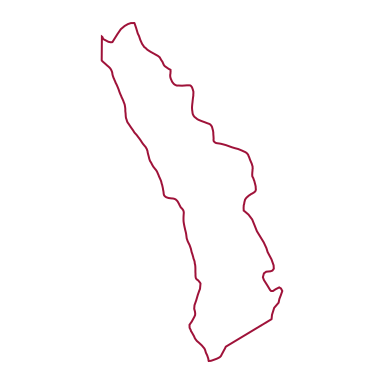 outline of Morne Vert, Laborie, Saint Lucia
{"feature_id": "8701671B8981340817709", "entity_name": "Morne Vert", "entity_type": "district", "adm_level": 2, "iso_a3": "LCA", "parent_name": "Saint Lucia", "parent_adm1": "Laborie", "projection": "mercator", "projection_center": [-60.976, 13.779], "detail": "fine", "context": "isolated", "style": "outline", "palette": "rose", "viewbox_px": 384, "rotation_deg": 0, "n_neighbors": 0, "source": "geoboundaries", "source_scale": "gbopen_adm2", "svg_char_len": 5648}
<svg xmlns="http://www.w3.org/2000/svg" viewBox="0 0 384 384"><path d="M271.5,319.2L271.6,318.8L272.0,314.8L274.2,307.8L278.6,302.7L279.4,298.9L280.8,295.3L282.3,291.0L281.0,288.5L279.2,287.4L275.5,289.3L273.0,291.0L271.1,291.0L270.1,290.0L267.4,285.5L263.9,280.0L262.9,277.2L263.9,273.4L266.2,271.7L270.5,271.3L272.4,270.6L273.8,268.7L273.6,265.3L271.5,259.4L271.3,259.0L267.6,252.0L266.4,248.1L263.7,242.3L263.5,242.0L256.9,231.2L254.6,225.4L252.2,219.5L248.5,214.6L244.4,211.1L243.7,210.6L243.7,210.1L243.6,208.0L243.6,207.6L243.7,206.3L243.7,205.6L243.9,204.7L244.1,204.1L244.3,202.9L244.4,202.2L244.7,201.1L245.0,199.8L245.5,199.0L245.6,198.8L246.3,197.9L247.1,197.1L248.0,196.4L248.3,196.0L248.7,195.7L249.3,195.3L250.2,194.7L250.4,194.6L250.7,194.3L251.6,193.8L252.1,193.6L252.4,193.4L253.6,192.7L253.9,192.5L255.1,191.5L255.6,190.7L255.9,189.3L255.8,189.0L255.8,188.7L255.7,187.8L255.7,186.7L255.4,185.2L254.7,182.5L254.4,181.3L254.3,180.9L254.0,180.3L253.8,179.7L253.3,178.2L252.7,177.1L252.3,176.3L252.2,174.7L252.3,172.5L252.5,170.5L252.5,169.7L252.5,169.4L252.6,169.1L252.7,168.4L252.6,167.8L252.6,167.3L252.6,166.7L252.4,165.9L252.2,165.3L251.7,163.6L251.2,162.5L250.7,161.3L250.0,159.7L249.5,158.2L249.0,156.9L248.9,156.7L248.4,155.6L248.1,154.7L247.6,154.1L247.3,153.7L246.5,152.9L245.3,152.1L243.7,151.4L242.0,150.6L240.1,149.8L238.1,149.0L235.0,148.2L232.0,147.3L229.5,146.4L225.9,145.1L224.4,144.7L223.7,144.5L221.0,143.8L220.4,143.7L219.9,143.6L217.8,143.3L217.0,143.2L216.5,143.1L215.5,142.8L214.9,142.3L214.4,141.9L213.8,141.3L213.7,141.0L213.6,140.6L213.5,139.9L213.6,138.8L213.6,138.4L213.5,136.7L213.5,136.2L213.4,135.3L213.3,133.8L213.3,132.6L213.0,130.6L212.8,129.9L212.3,128.0L212.0,127.0L211.8,126.4L211.4,125.9L211.1,125.5L210.6,124.8L209.7,124.1L209.0,123.8L208.4,123.6L206.7,123.0L204.7,122.2L202.2,121.3L200.9,120.8L198.5,119.8L197.6,119.3L197.1,119.0L195.8,117.9L194.7,117.1L194.0,116.3L193.4,115.4L193.3,115.1L192.9,114.4L192.6,113.3L192.4,111.7L192.3,110.8L192.2,110.5L192.1,109.5L192.1,109.3L192.0,107.8L192.1,105.9L192.3,103.8L192.5,102.3L192.6,101.1L193.0,97.6L193.3,95.8L193.3,94.5L193.4,93.3L193.4,91.7L193.3,91.2L193.2,91.0L192.8,89.5L192.5,88.7L192.0,87.3L191.1,86.1L190.4,85.5L189.8,85.4L188.9,85.3L187.2,85.3L184.8,85.5L184.6,85.5L182.1,85.7L178.0,85.5L177.0,85.6L176.1,85.3L175.3,84.9L174.7,84.6L173.7,83.8L173.4,83.4L172.9,82.8L172.3,82.0L172.1,81.7L171.8,81.1L171.5,80.3L171.3,79.9L170.9,79.0L170.5,77.9L170.5,77.6L170.3,77.1L170.2,75.8L170.2,75.3L170.2,74.8L170.3,74.2L170.4,73.9L170.5,72.6L170.5,71.9L170.6,71.3L170.5,70.1L170.5,69.8L169.6,69.3L168.7,68.9L164.7,66.1L164.5,65.8L164.0,65.2L163.7,64.7L162.4,61.7L162.1,61.3L161.2,60.0L159.7,57.3L158.8,56.6L158.1,56.0L150.9,52.0L149.3,51.0L147.3,49.7L146.4,48.8L145.7,48.1L144.0,46.8L143.7,46.2L142.1,43.9L140.3,39.9L139.0,36.0L137.8,33.6L136.1,27.9L134.5,23.2L134.3,23.0L130.8,23.1L127.9,24.1L124.6,26.0L120.8,29.2L117.5,34.0L112.4,42.1L110.9,42.3L108.4,41.8L103.3,39.1L102.3,36.9L101.9,36.6L101.7,60.2L101.8,60.6L103.2,62.0L104.5,63.1L105.5,64.0L106.4,64.8L106.7,65.1L107.6,65.9L108.0,66.2L108.8,66.9L109.3,67.4L109.9,68.0L110.5,68.8L110.9,69.4L111.3,70.2L111.8,71.3L112.2,72.5L112.3,73.3L112.5,74.6L112.7,75.3L112.9,76.0L113.3,77.1L113.5,77.8L114.0,78.7L114.2,79.3L114.6,80.3L115.2,81.5L115.5,82.5L116.6,84.6L117.6,86.9L118.6,89.4L119.4,91.8L120.1,93.6L120.6,94.8L121.1,95.8L121.6,97.2L122.3,98.6L123.2,100.6L123.8,102.3L124.3,103.5L124.7,104.7L124.9,105.9L125.1,107.1L125.2,108.0L125.3,108.9L125.3,111.0L125.6,113.5L125.7,115.4L125.8,116.8L126.0,118.0L126.2,118.6L126.6,119.7L126.9,120.8L127.2,121.6L127.6,122.5L128.5,123.7L130.9,127.3L133.1,130.4L133.9,131.7L134.4,132.5L135.2,133.4L136.5,134.8L137.5,136.1L138.3,137.2L139.1,138.2L140.1,139.6L140.8,140.6L141.8,142.2L142.9,143.8L143.9,145.0L144.9,146.2L145.6,147.0L146.1,147.9L146.7,148.9L146.9,149.4L147.2,150.3L147.5,151.1L147.6,152.0L147.9,153.4L148.8,156.8L149.2,158.5L149.6,159.8L150.1,161.1L150.9,162.3L151.4,163.2L152.0,164.4L152.6,165.5L153.4,166.8L154.2,167.8L155.2,169.1L155.7,169.6L156.5,170.8L156.9,171.4L157.5,172.7L157.9,173.7L158.5,175.0L159.0,176.4L159.8,178.1L160.2,179.0L160.8,180.4L161.2,181.5L161.4,182.4L161.7,183.7L162.1,184.8L162.6,187.0L162.9,188.4L163.1,189.8L163.4,191.2L163.6,192.7L163.7,193.9L164.1,195.3L164.8,196.2L165.5,196.7L165.7,196.9L166.4,197.3L168.5,198.0L171.4,198.4L172.9,198.5L173.9,198.7L175.0,199.1L175.6,199.4L176.4,200.1L177.3,201.0L177.9,201.9L178.5,203.0L179.1,204.1L179.6,205.2L180.1,206.1L180.7,207.3L181.1,207.7L181.6,208.2L182.2,208.8L183.2,210.2L183.6,211.3L183.8,212.7L183.7,214.0L183.6,215.5L183.5,217.8L183.5,220.2L183.6,221.7L183.9,223.7L184.1,224.8L184.5,226.8L185.1,229.5L185.9,232.7L186.2,234.4L186.5,236.8L186.7,238.3L187.6,241.0L188.3,242.5L189.6,245.1L190.9,248.8L191.6,252.0L192.2,253.7L192.6,255.0L193.2,257.1L193.5,258.5L194.3,260.6L194.6,261.7L194.8,263.6L195.1,264.6L195.3,266.2L195.4,268.4L195.4,269.8L195.4,272.1L195.5,273.6L195.5,275.9L195.7,277.5L196.0,278.5L197.1,279.7L198.1,280.3L199.0,281.4L199.8,282.4L200.1,282.8L200.5,283.5L200.0,288.9L199.3,290.6L197.8,294.9L196.2,300.4L194.5,305.2L194.2,308.8L194.9,311.3L195.2,313.3L195.1,315.1L194.3,316.9L191.8,321.5L189.5,324.8L189.6,327.8L190.7,330.0L191.0,331.1L191.8,332.3L194.1,336.4L194.7,337.9L195.5,339.2L196.9,341.0L198.9,342.7L201.7,345.3L202.3,346.0L204.4,348.5L205.1,350.0L205.9,352.7L207.2,355.4L208.3,358.7L208.6,360.8L208.7,361.0L209.9,360.9L210.6,360.9L212.2,360.4L214.4,359.6L216.6,358.8L218.1,358.1L219.4,357.4L220.2,356.8L221.0,355.9L221.9,354.1L223.0,352.1L224.0,350.2L224.8,348.8L225.8,346.7L271.5,319.2Z" fill="none" stroke="#9f1239" stroke-width="2"/></svg>